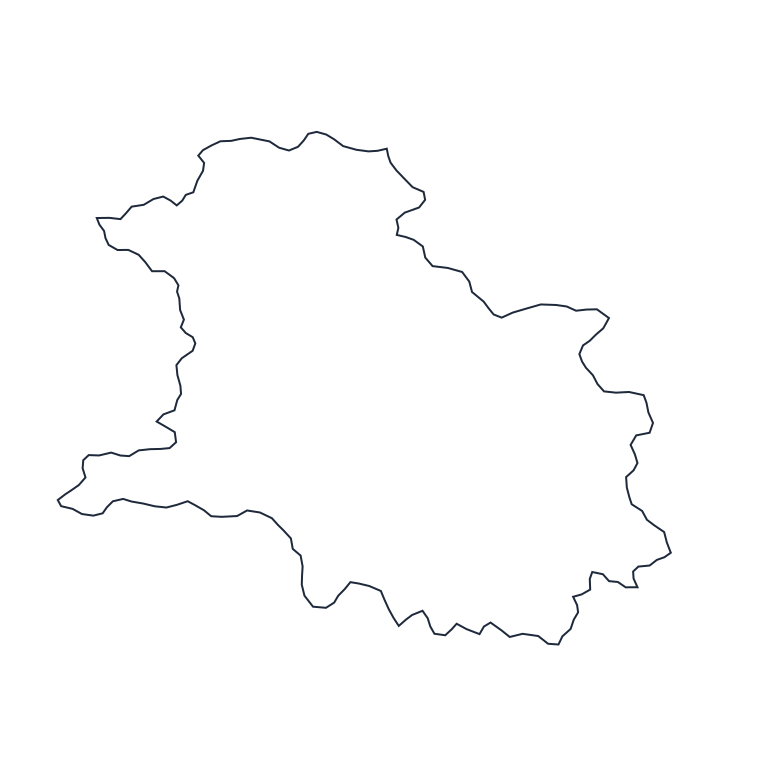 outline of Bonfim, Minas Gerais, Brazil, rotated 98°
{"feature_id": "56859067B54718274054000", "entity_name": "Bonfim", "entity_type": "district", "adm_level": 2, "iso_a3": "BRA", "parent_name": "Brazil", "parent_adm1": "Minas Gerais", "projection": "equal_earth", "projection_center": [-44.212, -20.32], "detail": "fine", "context": "isolated", "style": "outline", "palette": "slate", "viewbox_px": 768, "rotation_deg": 98, "n_neighbors": 0, "source": "geoboundaries", "source_scale": "gbopen_adm2", "svg_char_len": 3002}
<svg xmlns="http://www.w3.org/2000/svg" viewBox="0 0 768 768"><g transform="rotate(98 384 384)"><path d="M606.4,347.9L614.4,341.9L621.5,335.7L614.1,329.3L608.8,324.0L603.2,314.3L609.9,308.1L617.7,304.4L624.3,299.3L624.3,288.4L617.3,282.7L611.3,278.7L615.2,268.3L618.4,254.6L610.3,251.3L605.4,245.3L611.7,233.2L617.0,224.3L612.1,212.0L612.1,196.2L618.4,185.4L617.7,175.0L609.0,172.2L600.6,165.1L591.0,163.3L583.1,160.0L576.1,162.0L568.4,167.1L564.9,159.1L558.9,151.2L548.4,153.1L541.2,151.6L541.9,140.8L547.9,133.7L547.5,124.9L551.7,116.4L550.0,104.7L541.9,109.8L535.0,111.2L529.4,106.7L526.8,95.7L520.2,89.3L516.5,82.2L511.2,76.5L501.7,81.8L491.6,86.0L486.3,96.8L481.9,104.7L473.8,110.7L468.6,122.0L461.9,125.3L452.8,129.1L442.5,131.3L434.7,124.8L427.0,122.0L418.7,125.8L410.0,131.3L399.8,127.1L395.3,114.2L385.1,112.2L375.4,118.2L366.0,121.5L358.9,125.3L357.8,140.3L360.3,153.1L360.7,165.1L354.3,172.6L346.3,178.3L339.8,186.3L334.2,191.0L327.2,194.7L318.1,192.3L312.6,186.3L305.6,181.0L298.3,174.6L287.4,170.4L280.4,183.6L282.1,193.8L284.7,204.0L281.8,213.9L281.8,224.6L283.4,239.8L289.0,252.4L295.4,266.5L301.9,276.7L299.9,285.1L294.3,291.1L288.5,296.8L280.7,309.6L270.7,313.8L262.2,322.2L260.2,337.1L260.5,352.3L253.1,360.7L242.4,364.7L237.1,374.7L235.4,383.1L234.6,392.1L227.4,391.5L219.4,394.5L211.4,387.3L204.3,373.8L195.9,368.9L188.3,371.5L185.1,383.1L178.1,392.1L170.8,401.4L163.9,408.3L157.5,411.6L150.6,414.0L154.0,422.9L155.8,431.7L155.9,443.9L154.1,457.6L148.6,467.5L145.0,475.9L143.7,485.7L146.8,493.8L154.1,497.4L161.1,502.2L166.0,510.6L164.6,520.8L159.7,531.2L158.6,549.8L161.4,560.8L164.5,569.2L166.4,579.8L171.6,587.8L177.6,595.8L183.7,599.7L190.1,592.9L198.1,592.9L208.6,597.1L220.7,599.5L224.3,606.6L230.5,609.3L236.0,614.1L232.0,621.0L229.1,628.7L232.9,638.0L240.0,646.9L243.5,658.6L250.7,663.2L257.4,667.9L257.7,679.1L259.6,691.5L265.8,688.0L271.4,682.5L278.3,680.1L284.6,676.0L288.4,666.5L286.8,655.9L290.2,644.9L296.5,637.4L304.6,629.4L302.8,617.0L308.4,606.6L314.9,601.3L321.3,601.8L327.8,598.6L339.1,596.2L348.1,591.1L356.2,593.1L361.1,587.4L364.3,579.9L370.1,576.5L377.7,578.1L386.6,587.8L394.2,592.2L404.0,589.8L414.0,585.4L422.1,583.6L428.7,586.5L439.2,587.8L444.8,598.2L452.8,603.9L455.9,596.2L460.8,584.5L470.6,581.8L477.3,587.4L479.4,596.2L481.1,606.6L483.9,617.7L490.9,626.3L491.5,635.1L489.9,644.6L494.4,656.2L495.5,666.5L501.3,671.2L509.4,670.7L518.1,666.6L526.5,672.1L532.1,678.1L537.6,684.3L544.3,690.9L549.9,686.7L551.0,675.0L554.8,665.0L554.8,653.5L551.2,644.6L544.7,641.3L537.9,636.2L534.1,626.3L535.5,617.9L535.9,605.7L537.0,594.0L536.6,582.3L532.5,572.3L527.4,562.1L530.3,554.2L534.1,544.7L539.0,536.7L538.1,526.1L535.2,511.1L528.3,502.0L528.5,489.0L532.5,476.3L538.1,469.7L543.0,463.1L549.9,454.7L560.0,451.4L565.5,442.7L576.0,439.2L584.9,438.5L594.2,437.5L604.7,433.3L614.4,423.3L613.7,410.3L607.4,402.9L600.1,399.9L592.5,394.3L584.9,389.7L585.1,381.1L586.1,370.5L589.4,358.3L597.4,353.6L606.4,347.9Z" fill="none" stroke="#1e293b" stroke-width="2"/></g></svg>